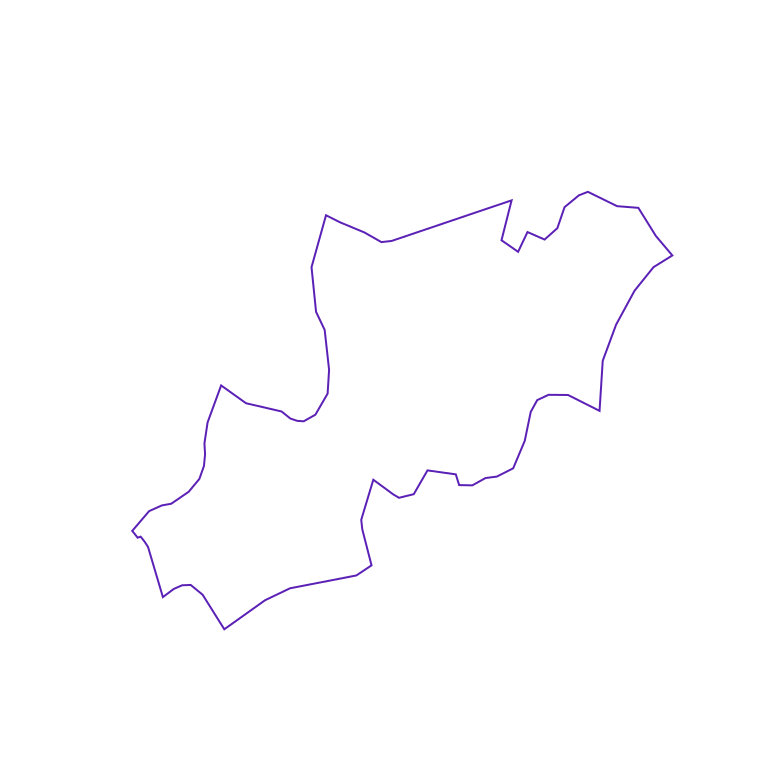 the border of Krustpils, rotated 138°
{"feature_id": "LVA-5726", "entity_name": "Krustpils", "entity_type": "Municipality", "adm_level": 1, "iso_a3": "LVA", "parent_name": "Latvia", "parent_adm1": "", "projection": "albers", "projection_center": [26.222, 56.536], "detail": "fine", "context": "isolated", "style": "outline", "palette": "violet", "viewbox_px": 768, "rotation_deg": 138, "n_neighbors": 0, "source": "natural_earth", "source_scale": "10m", "svg_char_len": 1122}
<svg xmlns="http://www.w3.org/2000/svg" viewBox="0 0 768 768"><g transform="rotate(138 384 384)"><path d="M506.0,491.9L499.4,462.0L478.5,432.1L476.7,421.0L473.1,414.6L468.6,410.0L455.5,407.1L432.3,414.6L415.3,431.3L391.9,463.9L386.2,483.1L359.7,519.3L314.2,548.2L308.5,533.6L297.1,509.6L291.0,491.2L282.6,485.2L200.6,449.9L166.3,435.1L200.5,412.2L195.9,392.5L175.7,400.9L168.0,383.9L150.9,383.8L131.5,394.6L112.9,393.8L103.9,390.4L91.8,360.2L77.1,344.7L82.9,312.2L83.7,286.6L105.5,290.5L135.3,285.7L171.8,272.8L205.9,254.9L241.8,219.8L254.6,252.7L269.0,265.9L280.9,269.5L293.6,265.1L317.4,247.6L344.4,234.9L362.1,239.7L371.5,246.2L386.2,249.6L395.8,258.6L391.1,268.8L409.5,290.7L435.6,282.2L449.0,289.4L451.0,295.8L456.0,320.0L491.8,298.3L497.4,290.5L514.6,257.6L532.6,260.2L590.6,295.1L617.1,302.9L666.8,308.6L659.8,348.7L662.1,364.0L668.7,369.5L677.5,372.4L690.9,373.6L668.4,420.8L667.4,427.1L667.0,433.4L670.0,434.7L669.8,436.0L669.4,443.3L643.6,446.7L630.3,442.4L622.3,437.4L601.3,434.6L584.7,437.0L572.6,443.6L564.0,451.5L557.2,460.0L540.8,473.5L506.0,491.9Z" fill="none" stroke="#5b21b6" stroke-width="2"/></g></svg>